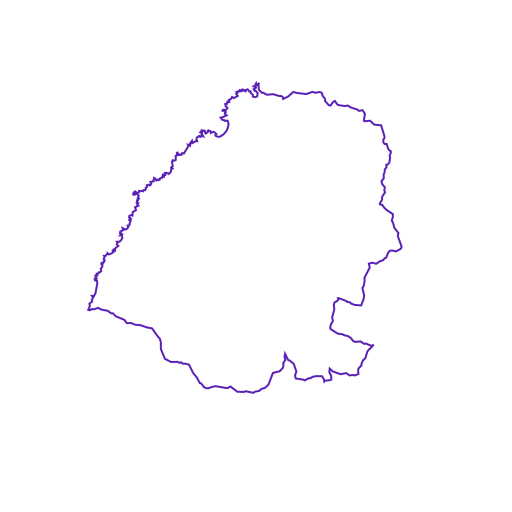 Casma, Áncash, Peru (Albers equal-area conic projection), rotated 61°
{"feature_id": "86281439B42439705570298", "entity_name": "Casma", "entity_type": "district", "adm_level": 2, "iso_a3": "PER", "parent_name": "Peru", "parent_adm1": "Áncash", "projection": "albers", "projection_center": [-78.251, -9.498], "detail": "fine", "context": "isolated", "style": "outline", "palette": "violet", "viewbox_px": 512, "rotation_deg": 61, "n_neighbors": 0, "source": "geoboundaries", "source_scale": "gbopen_adm2", "svg_char_len": 6140}
<svg xmlns="http://www.w3.org/2000/svg" viewBox="0 0 512 512"><g transform="rotate(61 256 256)"><path d="M319.9,126.1L319.0,124.5L317.8,124.0L307.2,122.3L305.0,120.3L298.6,121.3L292.8,119.9L291.0,120.2L288.2,117.4L285.7,116.0L279.3,119.3L276.2,120.4L272.5,120.8L271.0,122.5L270.3,122.5L267.9,118.5L265.3,116.9L262.9,112.3L260.7,111.9L258.4,110.0L254.3,110.8L251.4,110.0L250.0,106.6L246.7,104.9L245.3,103.1L242.7,101.3L241.7,98.9L239.3,97.8L239.8,96.4L238.9,94.0L234.7,90.9L233.2,90.6L230.8,87.8L229.5,87.3L228.2,88.2L226.1,88.4L221.3,87.4L220.4,89.2L218.4,89.5L216.3,88.5L214.9,86.3L213.5,85.6L202.4,83.2L198.3,89.0L193.0,90.6L190.7,95.9L189.7,95.9L184.5,91.8L180.2,92.1L178.9,95.7L176.7,96.6L172.4,100.8L168.9,102.8L168.0,105.5L164.0,110.7L163.0,111.4L158.6,111.9L158.6,113.7L160.5,118.0L159.2,119.3L153.8,120.4L151.8,119.4L147.9,120.1L145.6,119.3L144.3,119.9L143.2,121.2L142.2,124.7L139.8,127.1L138.8,133.4L133.3,141.1L130.6,143.9L132.1,150.5L131.8,156.1L129.9,155.5L128.4,156.3L126.9,158.6L122.8,162.5L120.3,168.2L116.8,170.5L116.1,171.7L111.9,172.9L107.1,170.6L106.0,169.4L106.7,170.8L105.9,172.4L105.0,172.2L105.7,173.3L107.1,172.5L106.5,175.8L108.7,174.5L109.1,175.2L108.9,177.1L111.0,177.1L111.5,176.2L114.5,175.6L117.0,177.7L116.6,179.8L115.1,181.5L113.6,180.6L110.6,181.5L109.3,181.0L108.8,182.1L106.2,182.5L105.9,183.8L106.8,185.3L105.5,185.5L105.6,186.4L104.1,186.8L104.8,188.2L103.8,188.3L104.2,189.1L103.2,189.7L104.1,190.5L103.4,190.9L103.1,193.5L104.3,193.1L104.6,194.7L107.1,194.4L107.2,198.8L105.3,199.8L106.5,201.7L106.4,203.9L108.3,204.7L107.6,205.5L106.4,205.4L107.9,206.2L107.6,206.7L108.9,207.8L108.2,209.2L110.1,210.0L112.2,209.1L113.0,209.5L113.7,211.7L112.4,213.2L112.2,214.2L112.8,214.8L114.2,212.4L115.6,212.8L115.6,213.7L116.6,214.4L118.7,213.5L118.4,218.5L117.9,219.8L120.7,219.4L121.9,217.8L122.7,217.8L123.9,215.2L127.1,215.9L129.8,218.0L132.3,221.1L133.9,225.5L134.2,229.5L133.4,231.4L131.3,233.1L130.6,233.0L130.1,231.5L127.1,232.7L126.6,233.3L126.5,235.8L125.3,235.1L123.1,236.6L123.2,237.6L124.2,237.8L124.4,240.7L121.4,240.2L121.2,241.3L120.4,241.6L120.6,242.4L119.8,242.7L120.9,244.8L122.1,243.5L122.6,244.1L125.6,244.2L124.1,245.3L125.0,246.0L124.7,247.2L123.5,247.5L123.7,250.2L124.6,251.3L127.1,251.8L126.2,253.4L126.5,256.4L125.3,256.3L125.7,257.4L124.4,256.6L125.6,259.3L127.5,260.3L125.8,261.6L127.1,261.8L131.4,269.4L130.2,270.6L131.4,272.1L130.8,273.4L130.0,273.5L129.9,274.5L128.9,274.6L129.1,275.0L127.5,274.6L127.5,275.2L128.9,276.0L129.9,275.4L129.5,277.8L133.1,279.6L133.0,281.5L131.9,282.3L132.8,283.8L137.2,285.3L137.4,287.2L138.9,286.7L138.5,287.8L140.9,289.4L141.8,291.5L141.8,292.7L141.1,292.7L139.7,294.2L140.0,294.9L139.2,295.6L140.0,296.5L140.6,295.8L141.1,296.0L140.5,297.1L141.9,297.0L139.9,298.2L140.6,298.8L141.2,298.1L142.1,298.3L141.4,299.6L142.1,300.6L141.6,302.4L141.7,303.2L142.6,303.4L142.4,304.5L141.2,305.7L141.5,306.5L139.5,306.5L138.4,307.3L139.9,308.0L140.0,309.1L141.0,309.3L140.1,312.4L141.8,312.4L142.8,314.0L142.6,314.8L141.6,315.1L141.2,317.2L142.6,317.5L143.0,319.6L144.1,319.9L144.7,321.2L143.9,322.2L144.6,323.5L143.5,324.4L143.3,325.9L142.4,326.8L143.6,327.8L143.3,329.5L140.9,330.4L141.0,331.4L141.7,331.5L141.5,332.6L142.6,333.6L143.5,332.8L143.6,329.9L146.3,329.3L147.5,330.8L149.1,330.6L148.9,332.1L150.1,332.3L149.9,333.2L151.1,333.7L151.3,334.5L152.1,334.5L152.7,333.5L153.7,335.0L155.0,334.5L154.7,338.2L157.7,338.7L157.8,342.4L160.7,344.5L159.8,345.1L159.4,347.2L160.5,348.2L162.8,347.2L163.3,348.1L162.7,349.1L163.2,349.5L164.6,348.7L166.3,350.9L167.4,351.3L167.8,352.5L167.2,353.5L169.1,354.1L169.7,355.8L169.5,357.5L166.9,359.1L169.0,359.7L168.8,362.8L170.2,364.0L170.9,363.8L170.8,362.9L172.1,362.5L172.3,364.5L173.0,363.4L175.5,364.2L176.9,366.6L177.3,368.5L176.1,370.8L177.4,370.8L178.4,372.2L180.4,371.5L181.1,375.6L183.1,376.7L183.2,377.7L181.4,377.8L181.9,378.8L183.3,378.3L183.7,381.0L183.4,383.8L181.7,384.4L182.4,384.8L182.1,385.6L182.9,387.2L182.2,388.8L183.6,388.9L184.6,390.6L186.6,390.5L186.8,391.9L187.5,391.9L188.0,392.9L187.3,394.7L188.5,395.3L189.6,394.6L191.4,396.4L191.8,397.9L194.2,398.7L194.6,400.9L194.0,401.5L194.9,403.0L194.4,403.8L195.6,404.1L195.3,405.4L196.1,405.1L195.9,406.1L197.3,406.3L197.4,407.3L198.6,406.6L198.6,408.5L199.5,408.5L200.7,407.1L202.9,408.0L210.6,414.3L212.5,417.1L211.4,418.8L213.3,418.5L214.8,420.9L216.5,421.4L216.8,424.7L219.2,425.6L221.8,428.8L223.0,427.5L222.8,425.4L224.0,423.6L224.8,419.3L228.1,417.0L232.2,412.1L235.8,410.6L236.8,408.9L240.7,407.9L248.0,402.1L252.0,401.6L254.1,397.8L257.4,395.1L260.4,390.7L265.6,386.0L268.9,382.0L278.9,380.9L281.5,380.2L285.3,381.0L291.2,384.3L301.8,385.5L307.6,381.6L310.6,375.8L312.2,374.9L312.7,373.0L314.6,372.4L315.9,370.0L318.5,367.3L327.9,367.7L333.8,366.6L339.7,366.8L340.9,365.7L345.3,365.1L347.3,363.8L348.6,361.9L349.2,357.6L350.4,354.3L357.1,346.0L357.8,344.4L357.8,341.6L365.7,338.1L369.1,332.4L369.2,330.7L374.5,324.4L374.1,323.0L375.5,318.6L374.9,315.7L375.7,312.1L374.5,307.4L366.5,297.9L368.3,291.1L366.8,286.6L364.7,284.8L363.1,284.3L361.0,280.7L358.0,279.9L355.6,278.0L362.7,278.3L363.8,277.2L368.6,275.3L376.4,276.6L379.7,280.0L382.5,280.5L386.9,274.8L388.5,273.6L388.4,269.8L389.3,267.6L389.1,264.9L390.4,261.3L393.2,256.5L396.8,256.4L398.9,257.1L398.5,255.9L400.3,252.0L400.6,250.1L397.4,248.4L393.2,248.2L390.2,246.1L394.2,244.8L400.4,239.3L402.2,233.8L405.7,232.2L407.1,228.9L408.3,227.6L408.9,223.7L405.1,221.9L403.8,220.4L403.0,216.9L401.7,216.3L399.2,213.1L398.5,210.1L393.3,204.6L390.7,196.1L390.6,198.5L385.7,202.5L385.4,203.9L381.3,206.0L379.5,210.5L377.7,212.2L373.5,212.9L370.6,214.4L367.9,217.4L366.5,218.2L363.6,222.1L356.1,226.2L353.9,225.4L351.8,223.2L350.3,220.4L346.6,219.1L340.5,213.3L336.4,211.6L334.7,209.8L334.6,206.2L334.0,205.2L332.6,204.8L333.0,204.1L338.9,199.0L340.3,198.5L342.3,196.1L343.6,196.0L346.6,193.4L350.2,188.0L346.2,183.1L343.1,180.6L335.5,178.4L334.3,176.2L329.8,172.6L327.8,171.9L321.3,162.2L317.4,161.0L318.3,157.4L321.1,154.6L320.7,150.2L321.3,146.9L320.4,144.6L320.6,143.0L317.3,139.0L316.3,136.4L317.2,134.3L319.9,131.2L319.9,126.1Z" fill="none" stroke="#5b21b6" stroke-width="2"/></g></svg>